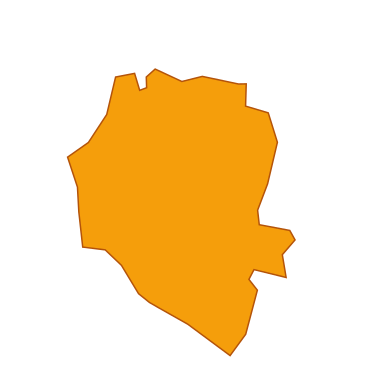 Boz, Andijon, Uzbekistan, rotated 31°
{"feature_id": "79887680B29412867637503", "entity_name": "Boz", "entity_type": "district", "adm_level": 2, "iso_a3": "UZB", "parent_name": "Uzbekistan", "parent_adm1": "Andijon", "projection": "robinson", "projection_center": [71.9, 40.715], "detail": "fine", "context": "isolated", "style": "filled", "palette": "amber", "viewbox_px": 384, "rotation_deg": 31, "n_neighbors": 0, "source": "geoboundaries", "source_scale": "gbopen_adm2", "svg_char_len": 610}
<svg xmlns="http://www.w3.org/2000/svg" viewBox="0 0 384 384"><g transform="rotate(31 192 192)"><path d="M67.4,226.2L91.3,246.8L105.2,267.3L126.7,295.5L147.4,286.3L169.3,291.2L198.6,306.7L212.4,308.6L223.7,308.4L256.4,307.5L308.9,312.6L311.3,286.3L298.6,242.5L285.8,237.6L285.1,226.6L316.7,216.8L301.7,199.2L305.0,180.0L295.6,174.6L266.5,185.4L257.6,173.8L252.6,146.1L239.6,105.4L216.6,84.9L193.7,90.8L182.8,71.4L176.2,75.5L141.3,87.6L126.4,102.5L97.1,105.6L93.6,117.0L99.4,126.0L94.8,131.8L81.7,119.9L67.3,132.8L79.0,169.5L77.7,202.9L67.4,226.2Z" fill="#f59e0b" stroke="#b45309" stroke-width="1.5"/></g></svg>